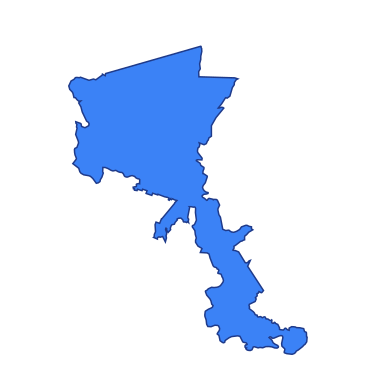 outline of Santa María Petapa, Oaxaca, Mexico, rotated 101°
{"feature_id": "50627088B19284928966846", "entity_name": "Santa María Petapa", "entity_type": "district", "adm_level": 2, "iso_a3": "MEX", "parent_name": "Mexico", "parent_adm1": "Oaxaca", "projection": "natural_earth1", "projection_center": [-95.032, 16.899], "detail": "fine", "context": "isolated", "style": "filled", "palette": "blue", "viewbox_px": 384, "rotation_deg": 101, "n_neighbors": 0, "source": "geoboundaries", "source_scale": "gbopen_adm2", "svg_char_len": 6051}
<svg xmlns="http://www.w3.org/2000/svg" viewBox="0 0 384 384"><g transform="rotate(101 192 192)"><path d="M100.6,323.4L101.3,324.4L101.5,326.9L102.0,328.3L103.9,329.3L106.1,331.9L111.4,333.2L114.6,331.6L116.7,328.6L118.0,327.6L121.8,325.9L121.7,324.3L123.2,322.7L124.5,320.5L123.9,318.6L126.2,320.2L129.6,317.3L134.4,315.0L142.5,309.0L143.4,307.0L144.7,306.0L146.6,306.1L149.1,309.0L149.3,309.9L148.7,312.9L146.3,313.9L145.9,314.6L145.2,319.5L146.7,319.0L147.6,317.9L150.2,317.8L151.2,317.0L157.7,317.2L163.7,313.4L165.5,312.7L170.2,313.5L171.6,315.3L172.8,315.5L175.6,314.8L177.9,313.9L181.0,311.9L181.9,311.9L186.9,314.4L190.3,307.7L193.5,306.0L194.8,304.5L195.8,301.5L195.7,296.4L196.0,294.7L197.6,292.0L201.7,287.6L200.9,285.8L199.3,284.3L197.4,284.3L194.7,283.3L190.3,282.7L189.3,283.5L184.9,284.2L184.5,281.8L185.0,278.9L186.2,275.5L186.4,273.6L185.3,270.9L186.2,268.2L186.4,266.3L186.2,264.5L187.0,263.1L189.2,261.4L189.7,260.5L189.8,259.2L189.6,258.1L187.7,255.0L187.3,253.7L187.7,251.1L188.6,250.2L189.3,248.2L189.3,246.6L189.8,245.7L193.9,245.0L193.8,245.8L194.7,247.8L195.1,248.1L196.7,247.6L197.2,247.7L198.5,250.7L200.0,250.1L199.8,249.2L201.2,248.8L201.1,246.2L199.7,246.0L200.2,241.3L198.7,241.0L199.3,236.4L202.2,236.8L203.0,230.8L200.7,230.4L201.4,225.1L200.7,225.0L201.9,218.1L202.0,214.8L202.5,213.3L204.1,213.7L204.5,212.8L202.8,211.7L203.2,211.6L203.5,210.7L202.4,209.8L203.1,207.4L203.2,205.2L205.9,206.9L206.5,206.9L224.5,216.7L224.4,216.9L228.9,217.8L228.4,221.6L231.2,222.0L238.0,220.2L240.7,220.9L243.5,220.6L243.9,221.0L244.8,217.0L243.9,217.2L242.9,216.7L242.3,215.8L242.5,214.7L241.3,212.3L246.1,208.6L242.0,208.3L239.9,209.1L237.9,208.9L236.2,209.4L233.9,210.8L231.9,210.8L232.8,210.4L233.1,209.7L233.8,210.1L236.2,207.7L233.1,205.8L231.6,206.4L229.0,206.0L228.0,205.5L226.9,203.1L225.1,202.8L222.2,201.1L221.8,201.5L221.2,201.4L220.4,200.3L219.8,198.3L219.8,197.7L221.3,195.5L222.7,194.9L223.0,194.5L222.7,192.8L223.0,191.4L222.0,190.8L222.7,189.5L221.6,190.0L219.3,190.1L218.9,190.7L217.6,191.4L207.1,191.4L206.9,191.7L206.6,190.2L206.6,187.7L206.2,186.5L206.6,185.8L207.5,185.3L211.6,184.7L218.8,182.3L222.9,183.2L224.0,183.8L224.9,185.1L226.1,185.1L229.4,181.8L233.2,180.6L236.3,179.0L238.6,179.3L240.7,178.9L244.0,175.8L245.3,172.0L245.9,171.3L246.5,171.7L249.8,172.3L248.9,165.5L249.7,163.4L253.3,161.7L260.4,157.2L261.3,156.0L261.6,153.5L262.8,152.6L262.9,151.4L263.8,150.7L266.6,151.2L266.9,150.9L267.1,147.9L267.5,147.5L269.6,146.3L270.5,145.4L273.0,144.2L274.6,144.4L278.5,146.2L280.0,147.9L280.8,149.5L281.6,152.2L281.8,154.6L283.9,157.5L285.8,158.8L286.5,159.8L287.3,159.8L290.4,157.9L293.7,153.8L295.5,152.5L298.4,151.2L299.4,149.7L301.0,149.9L301.9,150.6L303.9,153.5L306.4,156.1L306.9,156.2L310.1,156.0L311.6,155.6L314.9,153.7L319.0,152.4L321.0,150.8L320.6,147.6L318.4,144.1L318.1,141.5L318.4,140.4L320.5,138.9L322.4,138.7L326.1,140.2L326.8,140.0L327.4,138.5L328.1,138.0L332.6,136.1L333.9,133.4L334.0,132.2L333.6,131.6L333.2,131.2L331.8,131.2L331.0,130.7L328.0,127.8L326.4,125.6L324.5,119.8L324.5,117.4L329.4,113.6L329.7,112.8L329.7,110.2L330.2,109.4L331.0,108.8L331.6,109.3L331.8,110.1L332.6,110.6L334.1,110.4L334.6,109.7L334.7,108.7L335.6,109.2L336.0,108.8L336.5,107.9L336.7,106.7L336.5,104.6L336.0,103.8L335.4,103.0L332.4,102.3L332.0,101.1L332.4,97.4L331.6,95.6L331.4,92.8L329.7,90.1L329.0,86.9L328.8,83.9L329.3,81.1L329.0,78.7L328.1,77.7L327.4,77.6L326.3,78.5L325.5,81.5L324.5,83.6L322.2,85.3L320.2,88.6L319.3,87.9L319.2,87.2L319.6,86.1L320.2,85.5L319.9,83.8L316.8,79.2L316.1,77.7L315.9,76.5L316.3,75.6L317.6,75.0L323.8,75.1L326.2,74.3L328.2,71.1L329.0,70.8L331.6,71.0L332.2,70.6L332.6,68.2L332.2,62.8L331.2,61.0L329.9,59.8L328.3,59.3L326.8,57.5L322.6,53.9L321.0,53.0L320.0,52.0L317.2,50.8L312.5,51.3L312.3,51.9L308.4,52.8L307.9,53.1L307.5,54.9L304.8,56.3L304.7,60.2L305.2,63.7L304.8,64.6L304.9,66.6L305.2,68.5L307.1,70.7L309.2,70.3L309.0,72.1L307.8,74.0L308.2,74.9L309.9,75.8L310.1,76.3L310.3,79.3L310.1,79.9L308.6,80.2L305.6,82.5L305.1,84.8L304.7,85.6L304.3,85.6L304.2,86.3L305.3,86.9L305.4,87.8L305.0,88.9L302.6,89.1L302.3,89.4L303.1,90.0L303.2,91.0L302.2,93.2L302.4,95.1L300.9,96.2L300.7,96.7L300.8,97.4L302.0,99.0L301.2,100.8L302.1,103.3L301.7,104.1L300.5,104.5L300.4,106.5L298.8,107.7L297.8,109.0L295.6,113.4L294.9,113.7L294.1,113.5L292.4,114.4L291.3,114.3L287.4,109.1L284.8,108.6L283.7,109.6L281.5,108.2L279.3,108.8L278.6,107.6L276.9,107.3L277.0,106.5L277.5,105.9L277.6,104.6L277.3,104.2L275.1,103.0L254.3,123.2L248.0,121.7L248.7,122.8L250.7,124.0L251.2,125.0L251.2,126.3L241.9,134.8L241.2,138.4L241.4,140.6L240.9,140.7L239.0,140.0L237.3,140.5L235.8,138.9L231.2,134.9L230.5,133.4L229.6,132.5L228.9,131.2L226.2,131.8L224.8,131.6L223.7,130.4L220.6,128.6L217.5,125.1L216.8,126.6L214.8,127.0L214.8,129.4L214.2,131.7L214.5,133.0L216.8,136.8L219.7,138.1L222.0,140.6L223.6,143.3L223.7,145.6L223.1,147.3L222.6,147.9L222.5,148.9L223.4,151.6L222.7,154.7L211.3,159.3L209.1,161.3L204.6,163.2L203.2,163.3L199.6,162.4L195.2,165.5L194.7,166.7L195.1,169.4L195.6,169.7L195.1,170.5L195.0,174.0L195.5,174.7L197.2,175.5L197.4,176.0L195.8,178.6L195.2,180.5L194.5,181.2L193.6,181.3L192.0,179.9L191.2,177.4L190.4,176.0L189.5,176.1L189.4,178.1L188.5,180.2L187.0,181.7L185.3,182.6L183.4,182.2L180.4,180.7L174.1,179.9L173.4,180.2L171.8,184.1L171.8,184.8L169.3,185.2L167.0,184.7L165.6,185.0L164.2,188.4L162.2,189.6L160.5,193.7L160.0,193.8L159.3,192.9L158.6,188.4L156.9,188.5L152.1,193.9L150.7,194.5L147.7,194.6L146.7,193.7L145.2,193.4L144.0,193.4L142.4,194.3L143.3,189.2L141.8,187.2L139.0,186.6L137.8,185.9L135.8,185.8L133.5,183.6L123.2,185.6L114.3,182.6L103.6,176.8L103.1,177.8L103.2,179.3L104.5,181.6L104.6,182.3L99.7,179.7L93.2,177.1L92.9,176.7L93.2,175.5L90.7,173.1L81.8,172.3L78.7,171.0L76.3,171.3L73.3,170.0L72.2,168.6L71.8,171.8L77.6,207.2L72.6,208.4L69.5,207.4L64.7,209.0L60.3,208.7L57.0,209.3L52.2,209.2L49.3,209.9L47.9,211.0L47.4,210.9L47.3,211.3L92.2,299.4L94.4,299.4L93.4,302.4L94.3,302.4L94.8,302.8L100.2,307.8L99.9,310.3L102.0,314.4L100.6,323.4Z" fill="#3b82f6" stroke="#1e3a8a" stroke-width="1.5"/></g></svg>